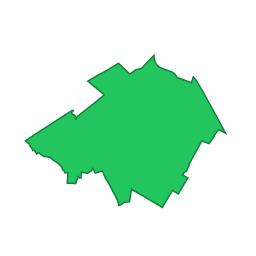 Dobrosloveni, Olt, Romania, rotated 196°
{"feature_id": "2599482B22275602888784", "entity_name": "Dobrosloveni", "entity_type": "district", "adm_level": 2, "iso_a3": "ROU", "parent_name": "Romania", "parent_adm1": "Olt", "projection": "orthographic", "projection_center": [24.382, 44.168], "detail": "fine", "context": "isolated", "style": "filled", "palette": "green", "viewbox_px": 256, "rotation_deg": 196, "n_neighbors": 0, "source": "geoboundaries", "source_scale": "gbopen_adm2", "svg_char_len": 5457}
<svg xmlns="http://www.w3.org/2000/svg" viewBox="0 0 256 256"><g transform="rotate(196 128 128)"><path d="M155.1,187.6L155.6,187.0L160.9,181.2L161.1,181.1L162.0,179.9L164.4,177.3L165.1,176.7L166.7,175.1L171.7,170.3L173.2,168.7L178.0,163.6L179.0,162.5L179.5,161.9L163.6,154.9L160.7,153.7L160.4,153.5L160.0,153.2L160.9,151.8L161.0,151.6L161.1,151.3L161.4,150.7L161.6,150.6L161.8,150.5L161.9,150.4L162.4,149.7L162.6,149.3L163.0,148.8L163.1,148.6L163.5,148.1L164.0,147.4L164.9,146.1L165.1,145.8L165.2,145.6L165.3,145.2L165.5,145.1L165.7,144.9L165.8,144.8L165.9,144.7L166.0,144.5L166.5,143.8L166.5,143.7L166.6,143.3L167.0,143.0L167.2,142.7L167.4,142.3L168.2,141.3L168.4,141.2L168.5,141.0L168.8,140.6L169.7,139.3L169.8,139.1L170.4,138.2L171.8,136.4L172.1,136.0L173.4,134.1L174.5,132.6L175.2,131.6L176.5,129.9L176.8,129.4L177.9,127.9L178.4,127.2L178.6,126.9L179.1,126.3L179.3,126.0L179.5,125.6L179.7,125.2L179.8,124.9L180.0,124.4L180.1,124.0L180.2,123.6L180.3,122.7L180.4,122.2L181.1,122.7L181.3,123.0L181.5,123.2L181.6,123.4L181.7,123.9L182.2,125.0L182.4,125.3L182.6,125.5L183.0,125.6L183.6,125.7L183.9,125.7L184.3,125.7L184.6,125.6L185.0,125.7L185.4,125.9L185.7,126.1L185.8,126.3L186.0,126.5L186.2,127.0L186.5,127.5L186.5,127.8L186.4,128.0L186.1,128.3L185.9,128.5L185.7,128.7L185.6,129.0L185.6,129.3L185.5,129.6L185.5,129.9L185.8,129.8L186.0,129.7L186.7,129.2L186.9,129.0L187.1,128.9L187.3,128.6L187.8,128.0L190.4,125.1L191.2,124.3L194.6,120.3L196.2,118.5L200.8,113.2L202.2,111.5L203.4,110.3L204.9,108.5L206.7,106.5L207.9,105.1L214.2,97.9L217.4,94.1L220.0,91.1L221.3,89.6L221.9,89.0L223.1,87.6L223.0,87.4L222.8,87.3L222.4,87.1L221.9,86.8L221.6,86.7L221.2,86.5L220.8,86.3L220.5,86.1L219.9,85.9L219.7,85.9L219.4,86.1L219.2,85.9L218.4,85.1L217.2,83.7L216.7,83.2L216.1,83.0L215.7,82.7L215.1,82.2L214.6,81.6L213.5,80.3L212.6,81.4L211.8,80.7L211.5,80.5L211.2,80.2L210.8,79.8L210.6,79.6L209.8,78.9L209.2,78.5L208.7,77.9L207.8,79.0L207.4,79.6L205.2,78.9L204.8,78.7L204.4,78.5L203.7,78.3L201.9,77.7L201.5,77.5L201.1,77.5L200.9,77.4L200.8,77.5L200.7,77.5L200.2,77.6L199.7,77.7L199.1,77.8L198.6,77.9L198.3,78.0L197.1,78.1L196.2,78.2L195.7,78.2L195.0,78.1L193.9,77.8L193.2,77.5L191.3,76.6L190.5,76.4L189.5,76.1L188.0,75.7L187.4,75.5L186.6,75.1L185.4,74.6L184.6,74.3L183.9,73.9L183.3,73.5L182.9,73.2L181.8,72.6L180.5,72.1L180.4,72.0L180.4,71.8L180.1,71.1L180.1,70.7L178.9,69.6L178.1,69.3L177.4,68.8L176.7,67.8L176.5,67.5L176.3,67.4L176.1,67.4L175.9,67.4L175.8,67.5L175.7,67.7L175.5,67.9L175.2,68.0L174.7,68.2L173.9,68.6L173.4,68.6L173.3,68.0L173.0,66.6L172.2,63.1L171.9,61.3L171.2,58.2L169.7,58.6L167.8,59.0L166.4,59.4L165.5,59.6L165.3,59.6L164.8,59.7L164.3,59.9L163.9,59.9L163.3,60.1L163.0,60.1L162.8,63.0L162.6,65.5L162.4,67.6L162.1,67.4L161.8,67.3L161.7,67.2L161.3,67.1L161.2,67.0L160.9,66.8L160.7,66.8L160.4,66.7L159.7,66.7L159.5,66.8L159.5,67.0L159.5,67.3L159.6,67.7L159.7,68.2L159.9,69.0L160.0,69.9L160.2,70.6L160.2,71.1L160.3,71.8L160.4,72.1L160.5,72.5L160.1,72.8L159.4,72.9L159.0,73.2L158.9,73.2L158.7,73.1L158.5,72.9L158.2,72.8L157.8,72.8L157.7,72.9L157.5,73.1L157.3,73.3L157.1,73.4L156.9,73.4L156.8,73.2L156.7,73.2L156.0,73.3L155.8,73.3L155.6,73.3L155.2,73.1L154.9,73.1L154.7,73.1L154.4,73.2L154.3,73.4L154.1,73.5L153.9,73.7L153.6,74.4L153.4,74.6L153.3,74.8L153.1,74.9L152.9,75.0L152.5,75.4L152.5,75.7L152.5,75.8L152.4,76.0L152.2,76.3L151.9,76.5L151.9,76.3L151.7,76.3L151.3,76.9L151.4,77.0L151.4,77.3L151.3,77.6L150.9,78.0L150.7,78.4L150.7,78.6L150.8,78.7L150.8,78.8L151.0,78.9L150.8,79.3L150.7,79.5L150.2,79.1L149.3,78.2L149.0,77.9L148.2,76.9L147.2,75.8L147.0,75.6L146.4,76.1L145.9,76.4L144.7,77.1L144.0,77.6L142.6,78.5L142.2,78.7L141.7,79.0L141.3,79.3L141.2,79.4L140.7,79.4L140.4,79.3L140.3,79.2L140.0,78.8L139.7,78.4L139.4,78.1L139.0,77.8L138.7,77.2L138.3,76.6L137.7,76.0L137.3,75.5L136.9,74.9L136.6,74.3L136.4,74.0L135.8,73.5L135.1,72.7L134.2,72.0L132.9,71.3L132.8,71.2L132.9,70.9L132.7,70.7L129.1,67.2L127.5,65.5L126.1,64.0L125.3,63.1L124.7,62.5L123.7,61.5L121.8,59.6L120.8,58.3L119.5,57.0L118.9,56.4L118.4,56.0L118.0,55.3L117.2,53.9L116.6,53.0L115.5,50.9L114.7,51.4L113.8,52.1L113.4,52.5L113.0,52.9L111.2,55.4L109.9,56.0L108.1,56.8L106.4,57.5L106.2,57.5L107.8,70.1L94.0,66.6L88.0,65.0L79.4,62.8L79.1,62.7L73.1,61.1L71.6,67.1L68.0,80.3L61.5,78.4L57.4,94.0L56.7,96.6L62.7,97.9L61.8,100.6L61.5,101.5L61.0,101.9L60.8,102.0L60.1,102.1L59.0,108.8L59.5,109.1L57.5,117.9L55.4,127.3L53.5,135.7L45.7,135.4L45.5,136.0L42.9,143.3L43.5,143.5L42.5,146.0L40.4,151.5L32.9,149.9L34.5,151.5L35.2,152.4L40.7,158.0L41.8,159.2L42.7,160.1L43.8,161.1L44.9,162.3L46.9,164.3L48.9,166.3L50.7,168.2L52.1,169.5L52.7,170.2L53.8,171.4L56.5,174.1L58.6,176.1L59.5,177.0L61.1,178.7L61.7,179.2L67.0,184.6L69.6,186.9L71.2,188.5L72.3,189.6L75.2,192.3L75.6,192.6L77.5,193.9L79.3,195.1L79.4,194.8L79.4,193.3L79.4,189.1L79.5,189.0L87.2,189.6L94.8,190.0L95.3,190.6L96.4,191.7L97.0,192.2L97.5,192.5L98.0,192.8L98.6,193.1L99.3,193.4L100.5,193.8L102.2,194.1L111.1,194.7L113.5,195.0L113.9,195.1L114.8,195.3L115.7,195.6L116.0,195.7L116.3,195.9L117.2,196.4L117.8,196.8L118.5,197.3L119.2,197.8L119.7,198.4L120.1,198.9L120.5,199.6L121.0,200.3L121.2,200.8L121.5,200.6L121.8,201.3L123.0,205.0L124.6,202.2L125.5,200.4L127.4,196.8L128.3,195.2L129.0,193.7L129.6,192.5L130.4,190.9L131.3,189.3L131.4,189.1L131.5,188.9L132.4,188.5L136.6,186.1L136.8,185.9L137.6,184.9L137.9,184.5L140.4,181.1L141.0,180.3L145.3,182.6L149.4,184.6L151.8,185.9L155.1,187.6Z" fill="#22c55e" stroke="#15803d" stroke-width="1.5"/></g></svg>